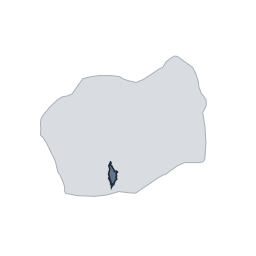 Ramapepe, Leribe, Lesotho shown in context, rotated 205°
{"feature_id": "5366337B9822317619474", "entity_name": "Ramapepe", "entity_type": "district", "adm_level": 2, "iso_a3": "LSO", "parent_name": "Lesotho", "parent_adm1": "Leribe", "projection": "robinson", "projection_center": [28.135, -29.017], "detail": "fine", "context": "in_parent", "style": "filled", "palette": "slate", "viewbox_px": 256, "rotation_deg": 205, "n_neighbors": 0, "source": "geoboundaries", "source_scale": "gbopen_adm2", "svg_char_len": 4194}
<svg xmlns="http://www.w3.org/2000/svg" viewBox="0 0 256 256"><g transform="rotate(205 128 128)"><path d="M164.3,168.8L158.0,170.8L157.1,171.0L153.0,170.5L147.6,171.0L143.3,172.1L140.0,172.6L134.6,178.5L124.8,194.4L122.1,197.7L121.4,204.0L119.1,208.9L116.4,212.8L113.6,213.7L105.4,212.2L95.0,210.2L88.9,205.4L83.4,199.1L80.6,194.5L77.6,192.0L76.5,190.6L72.3,188.5L70.7,187.4L69.2,186.6L67.5,183.5L66.5,180.9L66.9,173.5L63.8,169.1L58.7,161.6L55.4,155.4L50.9,147.0L48.2,139.8L45.3,132.3L45.7,129.1L48.4,126.9L56.3,123.2L62.5,120.3L66.9,115.0L71.7,107.0L74.0,102.3L76.3,100.1L78.9,96.7L83.3,89.3L88.3,81.0L93.6,72.1L100.3,69.5L109.5,66.5L118.3,58.8L128.8,52.2L145.7,45.1L153.6,43.3L156.6,42.3L158.5,43.6L160.5,47.7L163.4,51.1L170.1,57.0L172.9,58.4L179.8,67.2L187.2,73.2L195.7,80.1L201.4,83.6L204.4,84.5L206.8,90.7L209.3,95.2L210.7,99.5L210.4,103.7L207.7,113.9L203.7,124.2L200.6,128.6L196.7,131.3L193.0,135.4L191.6,143.7L189.8,153.6L185.0,157.6L181.2,160.2L175.9,163.5L164.3,168.8Z" fill="#d9dde1" stroke="#a8b0b8" stroke-width="1"/><path d="M129.6,89.5L129.6,89.4L129.5,89.2L129.4,89.1L129.4,88.7L129.5,88.3L129.4,88.2L129.3,87.8L129.4,87.0L129.4,86.7L129.4,86.4L129.5,86.3L129.4,86.2L129.5,86.1L129.4,85.8L129.4,85.6L129.3,85.4L129.1,85.3L128.9,85.1L128.7,85.0L128.6,84.8L128.4,84.7L128.3,84.4L128.1,84.2L127.9,84.0L127.8,83.9L127.7,83.8L127.7,83.7L127.5,83.2L127.4,83.2L127.1,82.8L127.1,82.7L127.0,82.4L126.8,82.1L126.8,81.9L126.8,81.6L126.8,81.4L126.8,81.2L126.8,80.9L126.7,80.8L126.7,80.6L126.7,80.4L126.6,80.2L126.5,79.9L126.6,79.7L126.5,79.4L126.4,79.4L126.4,79.2L126.3,78.7L126.2,78.4L126.1,78.2L126.2,77.9L126.1,77.7L125.9,77.7L125.7,77.7L125.4,77.4L125.3,77.2L125.2,77.2L125.1,76.9L124.9,76.9L124.8,76.7L124.7,76.6L124.8,76.6L124.7,76.5L124.7,76.4L124.6,76.2L124.4,75.9L124.2,75.8L124.1,75.7L124.1,75.4L124.1,75.2L124.3,74.9L124.3,74.7L124.2,74.4L123.9,74.3L123.8,74.2L123.7,74.1L123.8,74.1L123.7,74.0L123.5,73.9L123.5,73.7L123.4,73.7L123.3,73.8L123.2,73.9L123.3,73.8L123.2,73.8L123.2,73.7L123.2,73.8L123.0,73.7L123.0,73.9L122.9,73.8L123.0,74.0L122.9,74.0L122.8,73.9L122.7,73.8L122.6,73.7L122.6,73.8L122.5,73.7L122.5,73.4L122.4,73.3L122.5,73.1L122.4,73.0L122.2,72.9L122.2,72.6L121.8,72.8L121.7,72.6L121.4,72.5L121.2,72.5L121.2,72.4L120.9,72.4L120.8,72.2L120.7,72.1L120.7,71.9L120.6,71.6L120.5,71.4L120.6,71.2L120.4,71.2L120.2,70.9L120.1,70.7L120.2,70.4L120.0,70.2L120.0,69.8L119.9,69.8L119.6,69.9L119.6,69.7L119.4,69.5L119.1,69.3L119.0,69.2L118.8,68.9L118.7,68.8L118.5,68.7L118.4,68.5L118.4,68.4L118.2,68.1L118.3,67.8L118.2,67.6L117.9,67.1L117.9,67.4L117.8,67.6L117.9,67.8L117.8,68.0L117.8,68.3L117.8,68.6L117.8,68.8L117.7,69.0L117.8,69.1L117.8,69.3L117.7,69.4L117.8,69.5L117.7,69.6L117.8,69.7L117.8,69.8L117.8,70.1L117.7,70.2L117.8,70.2L117.8,70.5L117.7,70.5L117.8,70.5L117.7,70.7L117.8,70.8L117.7,70.8L117.4,70.9L117.1,70.9L117.2,71.1L117.2,71.4L117.1,71.6L117.1,71.8L117.3,72.2L117.4,72.3L117.4,72.5L117.4,72.8L117.3,73.0L117.2,73.3L116.8,73.7L117.1,73.6L117.6,74.0L117.5,74.3L117.4,74.4L117.3,74.6L117.3,74.9L117.2,75.2L117.1,75.4L117.1,75.5L117.0,75.8L116.9,75.9L116.9,76.3L116.8,76.6L116.7,76.7L116.7,76.8L116.8,76.8L116.8,77.0L116.7,77.1L117.1,77.4L117.2,77.6L117.4,77.8L117.6,77.8L117.8,78.0L118.0,78.0L118.1,78.4L118.0,78.5L117.9,79.0L118.0,79.3L118.1,79.6L118.0,79.8L118.2,80.1L118.3,80.2L118.5,80.3L118.8,80.6L119.0,80.7L119.1,80.8L119.1,81.0L119.3,81.1L119.3,81.3L119.5,81.5L119.5,81.8L119.4,82.1L119.3,82.3L119.3,82.7L119.2,82.7L119.2,82.8L119.1,83.0L118.9,83.4L119.1,83.5L119.3,83.4L119.5,83.5L119.4,83.7L119.5,83.7L119.6,83.8L119.8,83.9L119.8,84.0L120.0,84.0L119.9,83.9L120.0,83.9L120.3,83.9L120.6,83.7L120.8,83.4L121.0,83.3L121.2,83.1L121.3,83.0L121.5,83.0L121.8,82.9L121.9,83.0L122.0,83.0L122.3,83.1L122.5,83.4L122.5,83.5L122.7,83.8L122.8,83.8L122.9,84.0L123.1,84.2L123.3,84.2L123.4,84.4L123.5,84.5L124.0,84.8L124.4,85.0L124.6,85.2L124.9,85.2L125.0,85.3L125.4,85.6L125.6,85.7L125.7,85.8L125.8,86.1L126.0,86.4L126.2,86.5L126.5,86.7L126.8,86.8L126.9,86.7L127.0,86.8L127.3,86.7L127.7,86.8L127.9,86.8L128.0,86.8L128.1,87.0L128.3,87.6L128.5,88.3L128.4,89.1L128.5,89.1L128.8,89.3L129.5,89.9L129.6,89.7L129.6,89.5Z" fill="#64748b" stroke="#1e293b" stroke-width="1.5"/></g></svg>